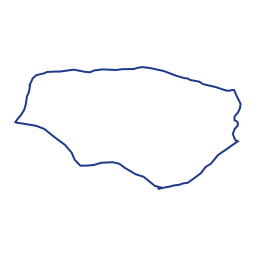 the district of Mayo-Binder, Mayo-Kebbi Ouest, Chad
{"feature_id": "50815135B24188788926450", "entity_name": "Mayo-Binder", "entity_type": "district", "adm_level": 2, "iso_a3": "TCD", "parent_name": "Chad", "parent_adm1": "Mayo-Kebbi Ouest", "projection": "mercator", "projection_center": [14.472, 9.854], "detail": "fine", "context": "isolated", "style": "outline", "palette": "blue", "viewbox_px": 256, "rotation_deg": 0, "n_neighbors": 0, "source": "geoboundaries", "source_scale": "gbopen_adm2", "svg_char_len": 1555}
<svg xmlns="http://www.w3.org/2000/svg" viewBox="0 0 256 256"><path d="M234.1,90.1L232.3,90.0L230.6,90.4L229.9,90.7L228.4,90.7L226.7,90.7L221.5,89.0L218.8,88.1L215.1,86.9L209.3,85.6L203.2,84.2L199.0,81.6L194.5,80.8L190.3,80.0L188.9,79.2L187.7,78.5L184.2,78.1L179.1,76.6L175.2,75.4L164.8,71.4L163.8,71.1L154.3,68.9L148.2,67.8L148.0,67.7L147.7,67.7L145.8,67.5L142.0,67.1L136.9,68.0L133.9,69.0L127.9,69.1L122.3,69.2L116.6,69.9L116.0,70.0L111.9,69.8L105.1,69.5L102.4,69.4L95.6,70.3L94.0,70.5L93.6,70.7L92.7,71.1L91.6,71.7L89.3,72.3L83.6,71.6L81.3,71.1L79.7,70.8L74.1,69.7L72.5,69.8L70.6,70.1L66.6,70.6L64.8,70.9L63.1,71.1L60.7,71.5L55.4,71.6L51.8,71.7L46.7,72.1L43.9,73.4L41.6,73.9L36.3,75.2L35.2,76.2L34.2,77.1L33.1,78.0L32.8,78.3L29.8,84.7L30.1,84.7L29.6,88.2L29.3,90.2L28.4,93.6L27.0,96.0L25.7,104.8L25.5,105.4L24.1,110.0L20.0,116.4L19.7,116.6L18.2,118.2L15.4,122.1L16.9,122.7L26.0,124.1L36.1,125.8L44.2,128.9L53.8,136.6L65.3,145.2L71.8,152.9L74.7,159.8L80.4,165.7L86.9,165.6L93.8,165.0L101.1,162.8L112.6,162.2L119.2,163.7L125.2,168.1L135.5,174.2L143.6,176.8L154.9,185.9L159.9,187.2L157.8,188.9L166.7,187.1L169.2,186.7L174.1,185.4L179.0,184.8L183.5,183.3L187.5,182.9L193.6,178.6L200.9,173.2L205.7,166.9L210.9,163.7L212.3,162.0L218.0,155.1L237.8,141.3L235.5,140.3L233.9,136.9L232.8,133.9L233.5,132.1L234.0,130.9L234.7,128.8L235.6,128.0L237.1,126.3L237.4,126.0L238.0,123.9L237.2,121.7L235.3,120.6L234.6,120.2L234.5,118.0L234.7,116.3L238.1,112.3L239.0,110.3L239.9,108.4L240.6,103.9L236.9,96.5L234.1,90.1Z" fill="none" stroke="#1e3a8a" stroke-width="2"/></svg>